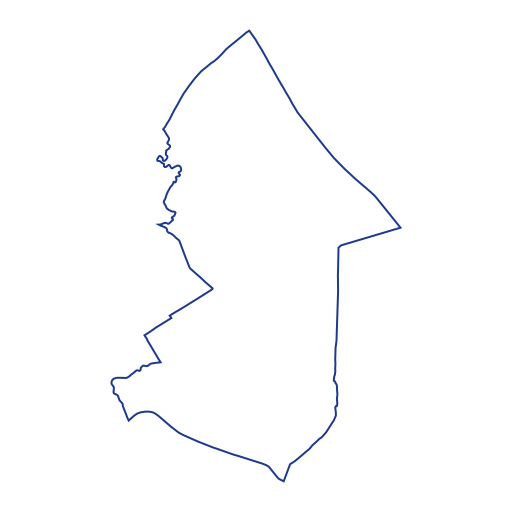 Go Cong Dong, Tiền Giang, Vietnam
{"feature_id": "81297802B63663693246644", "entity_name": "Go Cong Dong", "entity_type": "district", "adm_level": 2, "iso_a3": "VNM", "parent_name": "Vietnam", "parent_adm1": "Tiền Giang", "projection": "orthographic", "projection_center": [106.706, 10.378], "detail": "fine", "context": "isolated", "style": "outline", "palette": "blue", "viewbox_px": 512, "rotation_deg": 0, "n_neighbors": 0, "source": "geoboundaries", "source_scale": "gbopen_adm2", "svg_char_len": 6063}
<svg xmlns="http://www.w3.org/2000/svg" viewBox="0 0 512 512"><path d="M163.2,129.2L164.6,131.0L165.7,132.9L166.5,134.3L168.6,137.5L169.0,138.4L169.0,139.2L168.8,140.2L168.3,141.2L167.7,142.1L167.4,142.6L167.4,143.1L167.5,143.5L167.8,143.9L168.2,144.3L168.7,144.6L169.1,144.9L169.5,145.2L170.0,145.9L170.1,146.4L170.0,146.8L169.9,147.1L169.6,147.6L169.1,148.3L168.3,149.1L167.7,149.4L166.2,150.6L166.1,150.8L166.1,151.0L166.2,151.5L166.2,152.0L166.0,152.4L165.9,153.0L165.9,153.6L165.9,154.1L165.9,154.6L166.2,155.1L167.1,156.0L167.3,156.3L167.4,156.7L167.4,157.1L167.3,157.6L167.1,158.1L166.7,158.7L166.3,159.4L164.9,160.6L164.3,160.9L163.6,160.9L163.2,160.7L162.8,160.1L162.8,159.4L162.8,158.9L162.7,158.4L162.5,158.0L162.1,157.5L161.6,157.1L161.1,156.8L160.6,156.3L160.3,156.0L159.8,156.0L159.4,156.1L159.1,156.3L158.7,156.8L157.3,159.1L157.2,159.7L157.2,160.1L157.3,160.5L157.7,160.8L158.0,160.9L159.0,161.0L159.7,161.1L160.6,161.8L161.0,162.2L161.6,162.7L162.2,163.1L163.0,163.5L163.3,163.5L163.6,163.6L163.8,163.9L164.0,164.2L164.0,164.6L164.0,164.8L164.0,165.2L164.0,165.7L164.1,166.1L164.3,166.6L164.6,166.9L164.9,167.0L165.9,166.9L166.4,166.7L166.9,166.4L167.3,166.0L167.7,165.7L168.7,165.0L169.1,165.0L169.3,165.0L169.6,165.2L169.8,165.4L170.6,167.0L170.8,167.5L171.2,167.9L171.7,168.2L171.8,168.3L172.2,168.3L172.6,168.1L173.4,167.6L174.4,167.0L175.2,166.6L175.9,166.3L177.0,165.8L177.7,165.6L178.2,165.6L178.9,165.7L179.3,166.0L179.9,166.3L180.4,166.8L180.6,167.2L180.8,167.7L181.0,168.3L181.1,168.9L181.1,170.0L181.0,170.5L180.7,171.1L180.0,171.6L178.9,172.1L178.7,172.5L178.7,172.9L178.8,173.3L179.1,173.7L179.4,174.0L179.6,174.3L179.8,174.6L179.9,175.0L179.9,175.3L179.7,175.7L179.3,176.0L178.5,176.2L177.1,176.5L176.6,176.7L176.1,177.0L175.9,177.2L175.9,177.4L175.9,177.7L176.1,178.1L176.3,178.5L176.4,179.2L176.4,179.7L176.3,180.2L176.1,181.1L175.7,181.9L175.4,182.3L175.1,182.3L174.9,182.3L174.7,182.3L174.5,182.0L174.2,181.8L173.9,181.8L173.7,181.9L173.4,182.3L173.3,182.9L172.8,184.1L172.5,184.6L172.2,185.1L170.8,186.6L170.0,187.8L168.8,189.9L167.9,191.6L166.9,193.8L166.2,195.7L165.7,197.6L165.0,199.3L164.0,201.0L163.8,201.8L163.8,202.2L164.2,203.1L164.6,204.1L165.4,205.3L166.1,206.7L166.5,207.8L167.1,208.7L169.2,210.1L170.9,211.0L171.6,211.3L172.3,211.5L173.0,211.6L173.6,211.6L174.1,211.7L174.6,211.9L175.1,212.1L175.4,212.4L175.5,212.6L175.2,213.7L174.9,214.5L174.4,215.5L173.7,216.2L172.9,216.8L172.2,217.1L171.9,217.5L171.8,217.9L171.9,218.2L172.3,218.7L172.7,219.0L173.0,219.3L173.0,219.5L172.8,220.1L172.1,220.7L169.7,222.9L168.9,223.5L168.4,223.8L167.8,223.7L167.2,223.5L166.8,223.2L166.3,223.0L165.7,222.9L165.2,222.9L164.3,223.0L161.3,224.2L160.4,224.5L158.7,224.6L160.5,225.6L163.1,226.5L165.6,227.7L166.3,228.2L166.8,229.1L167.0,229.6L167.1,230.4L167.2,230.8L167.3,231.2L167.6,231.7L167.9,232.1L168.3,232.5L168.8,232.8L170.0,233.1L171.3,233.8L173.3,235.2L174.0,235.8L174.9,236.8L176.3,238.1L178.5,239.9L179.2,240.4L179.6,241.6L180.1,242.9L180.6,244.1L184.7,255.2L186.9,260.8L189.3,266.9L189.9,268.1L190.1,268.4L192.5,270.5L195.6,273.3L200.9,277.9L205.2,282.0L209.4,285.6L212.2,288.0L212.6,288.4L212.6,288.6L212.5,288.9L212.3,289.2L211.0,290.1L208.8,291.5L206.2,293.1L198.5,298.0L183.7,307.2L181.0,308.8L178.8,310.2L176.1,311.7L173.4,313.3L169.7,315.7L171.4,318.0L163.5,322.9L156.2,327.4L149.8,331.9L144.5,335.3L146.8,338.8L147.3,339.7L147.3,340.1L147.7,340.9L150.5,345.5L158.2,358.5L160.6,362.3L159.7,362.5L157.6,362.6L154.8,363.0L152.7,363.3L150.9,363.7L149.8,364.3L148.6,365.2L147.5,366.0L146.9,366.1L146.3,366.1L145.9,366.0L145.5,366.0L145.0,365.9L143.9,365.6L143.2,365.7L142.7,365.9L142.2,366.3L141.5,367.0L140.9,367.8L140.8,368.1L140.7,368.5L140.7,369.2L140.5,369.9L140.2,370.3L139.9,370.7L139.5,370.9L139.3,370.9L138.7,370.7L137.3,370.3L136.8,370.3L136.5,370.4L136.1,370.7L133.8,372.7L132.2,373.9L131.3,374.5L129.8,375.9L128.6,376.8L127.7,377.4L126.8,377.7L125.8,378.0L124.5,377.9L120.7,377.8L118.0,377.8L116.7,377.8L115.9,378.0L113.9,378.7L113.3,379.1L112.7,379.7L112.1,380.4L111.6,381.6L111.5,383.0L111.6,383.7L111.9,384.4L112.3,384.9L112.9,385.8L113.5,386.7L113.8,387.2L113.9,387.7L113.8,389.7L113.5,392.0L113.8,393.1L114.2,393.6L116.5,394.6L117.2,395.0L117.6,395.4L117.9,395.8L118.3,396.8L118.7,398.0L119.2,399.4L119.4,400.0L120.0,400.8L120.5,401.4L121.4,402.3L122.1,403.1L122.5,403.7L122.7,404.2L122.7,404.9L122.8,405.9L122.9,406.2L124.6,410.5L126.5,415.4L127.1,417.2L128.7,420.6L133.9,415.9L137.0,413.7L140.4,412.4L144.9,411.7L148.9,411.6L151.8,412.1L154.2,412.9L157.8,415.4L161.3,418.3L171.0,426.7L178.7,432.6L183.6,435.2L198.8,441.9L212.8,447.4L217.3,448.9L232.6,454.3L239.7,456.4L248.8,459.3L261.7,463.4L266.3,465.2L267.7,466.0L269.2,467.2L272.0,470.7L277.8,477.8L278.8,478.8L281.7,480.3L283.7,481.3L290.1,464.2L294.9,461.1L301.9,455.3L305.4,452.2L308.3,449.9L309.9,448.4L312.3,445.4L316.5,441.6L319.3,438.9L321.8,437.2L322.7,436.2L326.2,432.2L328.2,429.1L333.0,421.6L333.5,420.9L334.0,420.1L334.2,419.5L335.7,416.0L335.9,415.1L335.8,412.0L335.3,408.1L335.3,407.3L335.6,406.7L336.0,406.1L336.7,406.2L336.9,405.9L337.3,404.2L336.9,397.7L337.3,396.0L337.4,394.6L337.2,392.0L336.9,387.9L337.0,386.7L336.9,385.7L336.4,384.1L335.6,383.3L335.4,382.9L335.3,382.2L335.3,381.8L334.9,381.4L334.2,381.1L333.8,380.6L333.8,379.7L334.3,376.2L334.6,375.4L334.9,374.9L335.0,374.0L335.3,371.8L335.2,368.5L335.3,366.0L335.4,363.0L335.2,359.5L335.6,346.9L335.9,345.7L336.1,343.5L336.4,341.8L336.5,340.5L338.1,291.1L337.9,275.1L338.1,268.9L338.5,247.8L341.0,245.4L400.5,227.7L376.5,197.9L374.6,195.7L370.3,191.7L355.7,179.2L344.7,169.0L334.0,158.1L325.6,148.0L297.7,112.6L291.8,102.8L290.0,99.2L285.9,92.3L282.4,86.2L280.7,83.5L280.4,82.8L279.1,80.7L275.0,73.4L272.7,69.2L269.7,64.2L266.0,57.3L261.2,48.9L258.1,44.0L255.6,39.6L249.3,30.7L246.5,32.4L239.8,38.0L230.9,45.2L226.2,49.2L221.8,54.1L218.0,57.9L214.4,61.0L210.7,63.5L201.2,71.3L195.6,77.5L194.1,79.3L188.9,86.1L183.7,93.5L180.5,99.0L177.6,104.4L174.8,109.2L173.2,112.2L169.6,119.4L166.1,125.0L165.1,126.9L163.2,129.2Z" fill="none" stroke="#1e3a8a" stroke-width="2"/></svg>